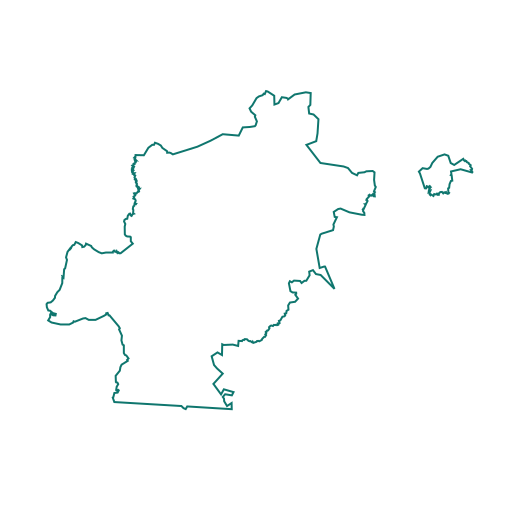 Lažas pag., Aizputes, Latvia (orthographic projection), rotated 281°
{"feature_id": "27541924B50720776256607", "entity_name": "Lažas pag.", "entity_type": "district", "adm_level": 2, "iso_a3": "LVA", "parent_name": "Latvia", "parent_adm1": "Aizputes", "projection": "orthographic", "projection_center": [21.55, 56.777], "detail": "fine", "context": "isolated", "style": "outline", "palette": "teal", "viewbox_px": 512, "rotation_deg": 281, "n_neighbors": 0, "source": "geoboundaries", "source_scale": "gbopen_adm2", "svg_char_len": 6100}
<svg xmlns="http://www.w3.org/2000/svg" viewBox="0 0 512 512"><g transform="rotate(281 256 256)"><path d="M85.6,144.8L94.5,211.4L92.8,213.9L92.3,216.2L95.2,217.2L101.0,261.4L107.0,260.1L103.2,256.2L107.3,252.5L109.9,251.8L111.3,250.3L114.4,252.1L114.6,258.9L118.1,259.9L119.0,249.9L113.5,248.1L122.3,238.6L134.2,245.8L138.2,239.2L141.0,235.6L149.1,231.6L154.0,236.6L152.3,241.5L162.9,239.7L162.5,241.3L164.6,250.1L164.3,255.6L169.4,255.1L169.8,258.5L170.7,258.8L171.4,259.8L171.3,260.4L172.3,260.9L172.5,263.1L171.3,264.8L171.1,266.1L171.4,266.8L170.6,268.3L170.7,268.9L171.2,269.1L170.2,269.9L171.9,272.9L172.6,273.1L173.1,274.3L172.9,275.5L174.7,277.7L175.9,277.9L178.3,279.5L178.4,280.3L180.2,281.0L180.9,280.1L181.8,280.8L183.3,280.0L183.8,280.4L183.5,280.8L184.9,281.1L185.3,282.1L187.5,283.0L188.6,282.4L190.3,283.6L190.7,284.5L190.5,286.0L191.8,286.7L191.9,288.1L192.5,289.1L192.1,289.8L192.7,290.9L194.0,290.4L194.2,291.7L194.6,292.0L196.7,290.9L197.5,292.2L201.4,293.5L202.2,295.4L203.2,296.0L204.9,295.2L205.5,296.6L208.0,296.5L209.5,298.1L213.6,297.0L216.8,298.2L218.5,303.1L222.2,305.4L225.4,302.0L226.6,302.7L227.7,302.4L227.2,298.8L228.1,296.5L235.5,293.5L237.7,294.1L237.0,296.2L239.1,298.0L239.9,304.0L238.2,305.9L240.9,308.3L241.3,310.1L247.3,312.3L250.8,311.2L253.0,314.6L249.7,318.3L249.7,323.1L238.7,339.3L258.8,325.8L258.7,325.0L256.4,320.8L274.5,313.9L289.3,315.0L290.4,316.2L296.1,326.7L299.7,326.8L301.7,326.0L309.5,328.0L309.4,325.8L314.1,323.9L317.8,327.7L318.7,330.0L316.7,339.4L316.7,352.0L317.0,354.6L319.0,354.1L320.5,352.5L321.8,352.5L322.0,352.0L322.9,352.3L322.9,352.8L327.3,353.9L327.7,353.2L328.0,354.0L331.3,355.0L332.3,354.2L332.2,353.7L332.8,353.7L335.7,355.5L337.0,355.0L337.8,355.8L337.0,356.6L337.7,357.7L337.4,358.2L338.8,358.9L337.1,360.3L337.2,361.2L340.7,360.1L341.4,360.5L342.0,359.5L346.6,360.4L347.9,359.2L353.2,357.4L360.7,356.4L361.7,354.3L360.2,348.2L358.9,346.5L357.1,340.6L354.5,339.8L355.9,334.4L359.9,329.5L360.6,324.9L359.6,301.5L374.7,284.3L380.2,293.2L388.1,293.0L402.2,291.2L405.9,285.5L406.0,281.0L412.3,279.0L414.7,280.5L426.4,278.6L426.2,273.7L421.9,263.1L415.9,257.6L416.6,257.2L417.0,255.5L416.8,251.1L410.4,248.9L408.2,245.2L416.8,243.3L419.7,236.1L419.8,234.4L416.6,233.7L416.8,232.6L415.1,231.8L413.2,228.4L411.1,226.4L403.1,223.6L399.7,221.5L396.7,223.7L394.0,228.5L392.5,228.3L388.3,231.2L384.2,230.7L383.2,230.1L381.5,225.4L379.7,218.5L370.9,216.1L369.2,200.1L360.5,189.4L352.1,177.6L339.9,155.0L340.8,152.7L341.0,151.2L340.4,149.1L341.9,148.7L344.2,143.5L346.3,141.5L347.4,138.5L347.9,135.2L345.7,134.7L345.4,133.0L341.7,129.7L333.5,126.7L332.1,118.5L330.9,118.7L329.4,117.8L329.3,118.8L328.0,118.7L327.2,119.9L327.2,118.6L326.0,119.2L325.6,120.1L324.8,120.0L323.4,118.5L323.0,119.0L322.5,118.2L321.7,118.4L321.1,117.3L320.6,117.8L320.6,118.6L320.2,118.6L320.2,119.2L319.0,118.9L319.2,118.3L318.9,117.8L317.8,118.6L318.0,117.8L317.7,117.5L316.8,117.7L317.2,118.4L316.8,119.0L316.2,118.1L315.3,118.2L315.1,119.0L314.2,118.7L313.8,119.8L314.0,120.6L313.1,120.0L313.1,121.0L312.3,120.9L311.9,122.1L310.0,121.7L309.2,122.2L309.0,122.9L308.0,122.5L307.7,123.3L307.9,123.9L307.2,124.4L306.9,123.8L306.2,124.3L306.0,123.9L305.2,124.0L304.2,125.3L302.3,125.2L302.4,125.8L301.4,125.9L301.4,126.4L300.1,127.1L301.3,127.5L301.1,128.0L299.7,128.0L299.5,128.4L299.7,129.0L298.2,128.3L297.1,128.9L296.7,128.6L297.0,127.9L294.5,126.7L294.6,125.2L294.2,124.3L293.8,124.6L293.9,125.3L292.4,125.9L290.9,124.5L290.0,125.2L289.0,124.7L288.6,126.6L287.2,127.4L285.4,126.9L284.4,127.6L284.4,128.4L283.9,128.2L283.9,126.8L282.0,126.9L281.3,126.1L278.6,126.1L277.8,126.8L274.6,127.2L274.2,128.0L273.6,126.9L271.6,126.2L271.9,125.3L273.6,124.3L273.3,123.6L271.1,122.5L268.0,122.5L267.6,121.2L266.3,120.0L264.7,119.9L262.5,121.6L259.8,121.5L252.2,123.1L251.1,124.2L250.6,125.8L251.0,128.7L250.6,129.5L246.6,130.3L244.6,132.7L232.9,122.6L232.6,121.6L233.3,120.4L232.7,120.0L233.2,119.6L232.8,119.2L234.1,118.3L233.3,118.0L233.3,116.8L234.3,116.1L234.1,115.4L232.9,114.7L232.1,114.8L230.8,108.1L229.2,104.1L229.8,100.8L231.7,95.7L233.2,93.2L234.4,92.3L235.7,86.8L234.2,86.7L232.3,85.5L231.6,83.8L233.2,83.2L234.8,79.1L235.3,76.4L232.3,75.5L231.7,74.2L230.3,73.3L228.3,72.9L227.3,72.3L227.8,72.0L224.1,70.2L218.4,69.8L216.1,71.2L207.5,71.0L206.4,70.2L198.8,71.1L199.0,70.0L197.4,71.0L197.3,70.1L192.4,71.0L185.3,69.7L182.6,67.9L178.5,66.4L176.6,66.6L173.5,65.1L171.3,63.3L170.3,60.4L168.8,59.6L165.8,60.5L162.9,62.5L163.0,64.3L161.2,67.5L161.0,70.5L159.4,70.5L159.1,68.3L159.4,67.0L160.6,65.5L159.0,65.1L156.8,65.6L153.1,64.3L151.7,68.0L151.5,77.2L153.2,85.8L155.7,89.1L157.1,89.4L156.9,90.7L161.7,98.2L162.5,100.5L161.4,104.0L162.7,110.7L168.2,118.1L169.9,120.0L171.2,119.9L171.8,121.2L169.6,122.6L169.8,123.5L160.8,134.6L159.1,136.1L157.8,135.6L152.2,139.6L147.5,140.0L143.6,141.9L143.1,143.3L135.5,144.8L133.9,146.2L133.6,147.7L131.1,150.4L129.4,149.3L128.6,150.1L123.7,144.8L121.0,144.1L117.4,144.2L111.6,141.1L105.6,142.5L105.3,142.8L105.3,144.1L103.9,145.2L101.1,144.2L97.7,144.3L97.4,145.0L98.3,146.2L97.9,146.9L95.5,146.2L94.5,143.1L90.3,142.9L89.7,142.4L85.6,144.8ZM374.7,408.6L374.1,407.3L374.0,402.8L369.9,399.8L368.3,401.2L354.8,408.7L354.6,409.1L354.9,410.2L357.1,410.3L356.8,412.4L357.8,413.2L357.0,414.2L356.0,412.6L355.1,413.9L353.8,413.2L351.6,413.3L352.8,414.6L350.9,414.2L349.5,414.8L349.2,415.3L350.1,415.3L348.8,418.7L350.8,419.1L350.7,420.4L351.2,421.5L350.7,422.4L350.8,422.9L351.8,422.2L351.9,422.8L351.6,423.7L352.3,423.6L353.9,424.7L354.4,426.3L353.2,427.8L354.4,428.6L354.3,429.1L354.9,430.1L354.0,430.2L354.1,431.1L353.6,432.0L354.0,433.1L354.8,433.5L355.2,432.7L359.0,431.7L359.8,432.6L363.4,432.3L366.8,433.0L367.4,434.3L372.4,432.7L372.6,431.8L373.6,432.2L376.2,431.3L380.2,440.3L379.2,452.2L379.7,452.4L381.4,450.6L381.7,451.4L382.8,451.5L384.9,449.1L386.1,449.4L387.2,447.3L388.0,446.9L388.3,445.2L389.3,444.4L389.0,443.2L389.4,443.0L389.2,442.8L389.5,442.0L390.9,440.9L383.2,433.2L384.4,429.4L391.1,425.6L391.7,421.7L388.1,415.4L381.0,411.3L376.7,410.2L374.7,408.6Z" fill="none" stroke="#0f766e" stroke-width="2"/></g></svg>